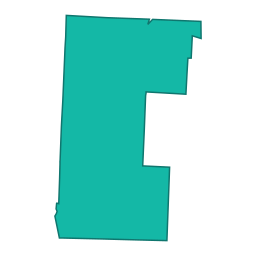 outline of Bennington, Vermont, United States of America
{"feature_id": "52423323B50806890780295", "entity_name": "Bennington", "entity_type": "district", "adm_level": 2, "iso_a3": "USA", "parent_name": "United States of America", "parent_adm1": "Vermont", "projection": "natural_earth1", "projection_center": [-73.109, 43.027], "detail": "fine", "context": "isolated", "style": "filled", "palette": "teal", "viewbox_px": 256, "rotation_deg": 0, "n_neighbors": 0, "source": "geoboundaries", "source_scale": "gbopen_adm2", "svg_char_len": 664}
<svg xmlns="http://www.w3.org/2000/svg" viewBox="0 0 256 256"><path d="M138.1,239.9L166.9,240.6L167.3,229.5L168.2,205.1L169.6,167.2L142.7,165.9L144.3,129.5L145.6,95.7L146.1,92.7L146.1,91.9L185.9,94.2L187.0,73.4L187.9,58.2L191.2,58.1L192.3,35.8L201.1,38.5L200.9,21.4L186.1,20.8L152.6,19.4L147.8,24.4L149.4,19.2L107.1,17.7L66.3,15.4L65.7,37.0L65.0,48.3L65.0,48.5L64.8,53.6L62.8,100.8L62.6,104.4L61.5,124.4L61.4,126.5L60.1,160.6L60.0,161.0L60.0,161.8L60.0,164.2L59.6,178.7L58.8,202.1L58.7,203.7L56.9,203.1L56.6,203.5L56.1,208.9L57.1,211.4L56.3,213.7L54.9,216.1L59.4,238.0L62.9,238.0L101.0,238.9L138.1,239.9Z" fill="#14b8a6" stroke="#0f766e" stroke-width="1.5"/></svg>